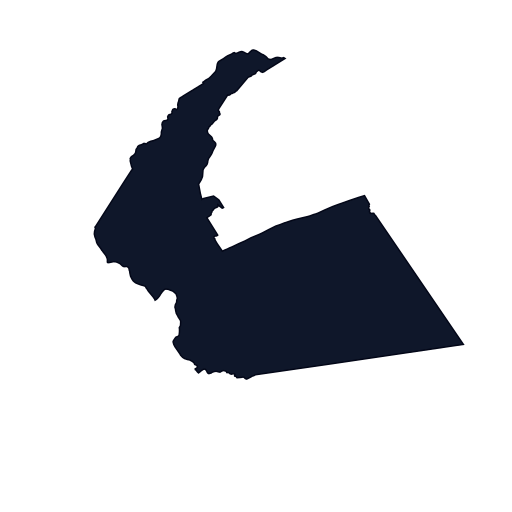 Santarém, Pará, Brazil, rotated 238°
{"feature_id": "56859067B9705629805023", "entity_name": "Santarém", "entity_type": "district", "adm_level": 2, "iso_a3": "BRA", "parent_name": "Brazil", "parent_adm1": "Pará", "projection": "equal_earth", "projection_center": [-54.756, -2.669], "detail": "fine", "context": "isolated", "style": "filled", "palette": "ink", "viewbox_px": 512, "rotation_deg": 238, "n_neighbors": 0, "source": "geoboundaries", "source_scale": "gbopen_adm2", "svg_char_len": 6170}
<svg xmlns="http://www.w3.org/2000/svg" viewBox="0 0 512 512"><g transform="rotate(238 256 256)"><path d="M272.0,147.0L272.0,148.6L272.3,150.1L273.0,152.3L273.6,153.7L274.3,155.0L275.3,157.5L275.9,159.6L276.1,160.9L275.8,161.9L274.9,163.1L274.1,164.0L273.5,164.5L272.5,165.1L270.7,166.6L269.7,167.1L266.7,168.0L266.1,168.1L264.2,167.7L262.8,167.3L261.3,166.5L261.0,165.9L260.1,165.0L259.0,164.3L258.5,163.7L257.5,161.9L256.0,160.5L255.5,160.1L253.7,159.6L252.2,158.9L249.5,158.0L246.9,157.9L245.2,157.7L241.7,157.8L240.1,157.3L239.2,156.6L237.3,155.3L236.7,154.6L236.1,153.4L235.7,152.8L235.2,152.7L234.1,152.1L232.4,151.0L231.3,150.2L229.5,148.7L229.3,148.1L229.2,147.2L229.3,146.5L229.5,145.7L229.6,145.0L229.1,143.7L228.0,141.3L227.7,140.8L227.3,140.3L226.6,140.0L224.5,139.4L221.9,139.2L213.2,139.6L211.9,139.5L208.9,140.1L206.8,141.1L206.0,141.8L204.4,143.1L203.1,144.6L200.2,146.2L198.3,146.8L197.6,146.8L197.0,146.6L196.4,146.6L194.6,147.9L192.9,147.5L192.5,146.9L192.4,145.4L192.6,144.8L191.8,144.3L191.0,144.7L188.7,144.9L187.3,145.3L187.5,147.3L187.7,148.4L187.8,150.7L187.7,151.5L187.4,152.3L186.8,153.0L185.6,153.2L183.9,153.2L183.1,153.0L181.9,153.2L181.2,153.7L180.5,156.2L180.7,156.9L180.3,158.7L179.9,160.1L179.1,161.4L176.9,163.5L176.5,164.3L176.6,165.4L176.3,167.3L176.0,167.8L174.5,169.3L173.8,169.6L172.6,169.5L171.6,171.1L169.9,171.6L168.8,172.5L168.4,173.8L167.8,174.7L167.2,175.4L166.6,175.3L166.1,174.6L165.7,174.3L165.2,174.4L164.8,175.0L163.9,175.4L163.4,175.3L162.8,175.4L160.9,179.1L160.7,179.6L160.5,180.3L160.1,180.9L159.6,181.5L159.0,181.7L157.9,181.9L157.5,182.2L156.8,182.5L156.5,183.3L156.1,187.7L156.2,188.5L156.1,189.3L155.7,190.7L155.6,192.6L126.3,259.0L71.2,385.0L227.0,378.8L227.6,378.5L229.8,378.5L230.3,377.8L230.7,376.9L231.6,375.6L232.0,375.5L232.5,375.8L233.3,375.6L234.1,376.3L234.5,376.8L235.3,377.0L235.9,376.5L236.5,376.7L237.9,377.7L238.2,378.4L239.1,378.4L239.5,379.0L239.8,379.6L249.7,380.0L251.3,374.1L253.4,365.3L256.3,352.2L257.3,347.3L258.0,342.8L258.6,338.8L259.5,331.4L260.0,328.9L260.6,327.0L261.4,323.0L262.1,320.6L265.6,310.3L266.9,306.1L269.0,297.6L269.8,293.2L270.9,288.7L271.7,280.4L272.2,273.6L272.6,270.3L274.1,261.4L274.6,254.6L275.6,247.9L276.4,240.6L276.9,237.8L277.1,235.4L277.6,232.7L277.9,230.0L287.2,229.6L291.4,229.7L292.0,230.1L292.5,230.2L293.7,229.9L294.4,230.2L294.7,231.0L294.5,232.1L294.0,233.0L293.9,234.0L294.0,234.6L314.6,234.6L314.6,237.3L314.8,239.8L315.6,240.2L316.1,240.8L316.5,241.7L317.3,242.4L317.7,244.0L318.3,245.4L318.4,246.8L318.0,248.8L318.1,249.8L318.5,250.3L319.1,250.5L319.6,250.8L314.6,252.6L314.3,253.1L314.3,254.2L323.3,254.2L329.3,251.8L332.6,241.9L332.7,240.1L338.7,242.0L347.6,245.5L347.9,246.5L349.7,250.0L351.6,252.6L352.6,253.4L357.1,256.7L357.9,258.0L358.7,259.9L358.9,261.1L359.3,262.2L359.8,263.2L360.8,264.4L361.8,265.2L363.1,266.5L363.9,267.7L364.2,268.2L364.5,269.1L365.8,271.9L366.5,273.1L368.2,275.4L370.5,279.4L371.1,280.3L371.6,280.8L372.5,281.3L373.0,281.5L374.7,281.3L377.0,280.6L378.5,281.2L379.5,281.4L380.6,281.4L384.5,280.3L385.5,280.2L387.6,280.8L389.1,281.9L389.1,282.8L390.4,284.6L390.5,285.7L390.9,286.4L391.2,287.4L391.3,289.1L391.7,290.0L392.5,292.5L392.5,294.1L392.6,295.0L393.0,296.0L394.4,297.1L394.9,297.9L395.0,298.9L394.9,299.8L395.1,300.4L395.7,300.8L396.7,300.8L397.5,301.3L398.2,301.4L398.9,301.2L399.6,301.2L400.3,302.1L400.7,302.7L407.6,317.4L407.0,317.8L406.7,318.4L406.6,319.1L406.6,320.1L406.9,320.9L406.8,321.6L406.4,322.2L406.5,322.9L406.1,324.4L406.2,325.3L406.6,326.0L406.3,327.0L411.8,344.1L411.2,346.8L411.2,347.6L411.6,348.5L411.0,351.9L411.3,352.9L411.8,353.5L412.1,354.2L412.1,354.9L412.2,355.7L412.2,356.5L411.8,357.1L411.0,357.5L410.2,357.6L409.7,357.8L409.1,358.3L408.4,358.7L408.2,359.4L408.0,360.4L408.1,362.6L408.2,363.4L408.1,385.3L409.6,384.6L410.0,383.0L410.4,382.4L412.1,380.7L413.0,379.6L413.7,378.2L413.9,377.4L414.5,373.6L414.7,372.9L415.6,371.7L416.6,370.8L417.1,370.6L419.0,370.3L420.1,370.0L422.8,368.8L424.1,367.8L429.8,365.0L431.5,363.6L432.1,363.0L432.4,362.3L432.6,361.6L432.2,359.0L432.1,358.3L431.6,356.9L431.6,356.3L432.9,355.0L435.4,353.6L436.9,352.4L437.3,351.5L437.8,349.8L438.0,347.7L438.4,346.5L438.7,345.9L439.9,345.5L440.2,344.6L440.3,344.0L440.2,343.0L440.2,342.2L440.8,338.1L440.8,335.6L440.6,333.1L440.7,329.9L440.7,327.4L440.4,326.5L439.3,324.9L435.5,321.6L434.2,320.0L433.8,319.2L432.6,314.7L432.2,313.4L431.6,310.4L431.6,309.5L431.8,306.5L431.5,304.2L431.5,303.0L430.1,303.0L430.3,279.0L430.2,278.0L430.3,276.0L430.2,274.5L429.8,273.9L428.1,272.3L427.3,271.2L426.1,270.1L425.5,269.6L424.2,269.1L423.3,268.4L422.6,267.6L422.4,267.0L422.3,266.1L422.9,265.7L423.8,265.4L424.1,264.8L424.4,263.6L424.3,263.0L423.3,261.6L422.8,261.0L421.9,260.8L421.4,260.1L421.3,259.5L421.4,258.6L421.9,257.2L421.8,256.5L421.5,255.8L420.8,254.8L419.2,254.2L418.8,253.8L418.4,253.1L418.4,252.2L418.8,251.0L419.4,249.7L419.4,248.8L418.7,247.2L417.2,245.8L415.6,245.2L415.0,244.8L414.1,244.6L411.6,241.7L411.0,241.2L409.5,240.3L408.0,238.7L407.6,238.0L407.3,237.2L407.2,236.3L407.3,235.4L408.2,230.1L408.6,229.0L409.1,227.5L409.5,224.7L409.1,222.6L409.5,222.0L410.3,221.4L410.8,220.7L411.0,220.1L410.9,219.3L411.0,218.6L411.1,217.6L411.5,216.5L411.7,215.4L411.6,214.2L411.4,213.6L410.4,212.2L410.0,210.9L407.6,208.8L406.9,207.7L406.3,205.5L406.3,204.8L406.3,203.1L406.1,202.5L405.4,201.0L404.7,200.8L403.3,199.7L398.1,198.0L395.3,197.5L395.0,197.1L394.7,196.0L388.7,183.2L366.1,135.7L365.8,134.7L365.1,134.6L364.4,134.4L362.5,132.2L361.1,131.1L360.3,130.5L357.4,129.5L355.0,129.1L352.0,128.1L350.7,127.9L349.1,127.9L345.0,128.3L342.3,128.3L341.8,128.5L340.5,128.5L336.7,128.9L335.3,128.9L332.4,128.4L331.1,127.7L329.6,126.7L329.1,126.7L328.5,127.4L328.2,128.1L326.7,132.2L325.2,134.2L323.9,135.2L321.5,136.7L318.7,137.4L317.5,137.9L317.0,138.4L316.5,139.1L315.9,140.4L315.5,140.9L315.0,141.3L313.9,141.6L312.6,141.7L311.5,141.1L309.8,140.7L308.6,140.1L305.3,138.9L302.0,138.6L299.9,138.7L298.6,139.1L297.0,139.7L295.0,141.1L292.4,143.1L290.4,145.0L289.1,146.0L288.0,146.1L287.2,145.9L286.3,146.1L283.2,146.1L275.8,147.1L273.2,147.2L272.0,147.0Z" fill="#0f172a" stroke="#020617" stroke-width="1.5"/></g></svg>